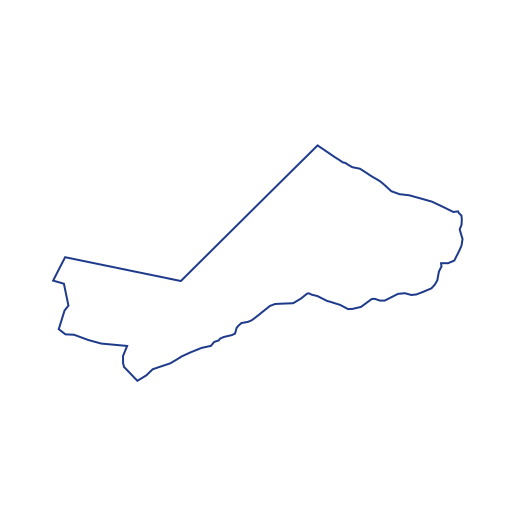 Ed Damazine, Blue Nile, Sudan (Albers equal-area conic projection), rotated 76°
{"feature_id": "16777658B29603922889850", "entity_name": "Ed Damazine", "entity_type": "district", "adm_level": 2, "iso_a3": "SDN", "parent_name": "Sudan", "parent_adm1": "Blue Nile", "projection": "albers", "projection_center": [34.253, 12.058], "detail": "fine", "context": "isolated", "style": "outline", "palette": "blue", "viewbox_px": 512, "rotation_deg": 76, "n_neighbors": 0, "source": "geoboundaries", "source_scale": "gbopen_adm2", "svg_char_len": 1666}
<svg xmlns="http://www.w3.org/2000/svg" viewBox="0 0 512 512"><g transform="rotate(76 256 256)"><path d="M189.7,144.6L188.1,146.1L187.8,146.3L187.6,146.6L187.4,146.7L187.2,147.0L186.9,147.6L186.3,148.8L186.2,149.1L182.6,152.3L179.4,155.4L163.6,169.5L174.0,187.0L198.7,228.6L262.1,335.0L211.0,441.5L230.8,458.8L236.4,449.1L258.8,450.0L262.5,454.9L279.3,465.1L285.9,459.9L288.4,451.6L296.9,439.1L303.5,427.4L312.1,402.8L320.8,409.2L327.8,410.9L331.7,410.9L348.4,401.3L345.2,391.1L343.3,387.9L340.9,383.6L340.5,379.0L340.1,374.0L339.4,365.1L337.5,358.7L335.4,352.2L333.7,343.1L332.0,331.2L332.3,321.5L329.3,317.4L328.9,312.6L327.5,310.9L326.8,306.9L326.9,298.5L326.2,295.1L321.1,292.2L319.6,290.3L317.5,286.3L318.0,279.7L317.3,275.6L313.5,266.8L312.7,265.2L307.8,254.5L307.2,249.1L308.2,243.9L310.8,231.4L308.2,222.7L304.9,215.6L305.0,213.8L307.0,211.3L309.8,206.0L316.9,197.8L318.0,195.7L323.8,186.2L329.8,179.5L330.7,175.0L330.8,166.5L325.7,154.0L326.3,151.1L329.3,146.5L330.4,141.9L329.6,138.4L327.1,127.4L328.1,120.6L331.4,114.7L332.1,109.7L331.2,102.2L329.8,93.6L327.1,89.5L323.5,86.0L315.4,82.3L313.7,80.9L311.1,78.6L307.8,78.2L309.0,73.0L309.5,71.5L308.4,64.7L300.3,57.7L295.5,54.0L295.8,53.8L295.5,54.0L289.5,51.5L283.4,51.8L279.4,51.9L275.4,49.0L270.1,47.4L266.4,46.9L263.7,48.6L263.2,48.8L261.6,49.2L261.6,49.3L261.0,53.9L254.3,61.8L252.9,63.5L252.5,64.0L247.1,70.6L245.8,72.2L240.4,81.6L239.2,83.7L236.3,88.9L234.4,92.1L231.8,98.9L230.8,101.7L225.8,109.1L225.5,109.3L216.9,115.0L214.9,116.5L213.2,117.8L207.3,123.9L205.3,125.8L201.9,128.9L196.4,134.1L194.0,139.2L193.2,140.9L193.1,141.1L189.7,144.6Z" fill="none" stroke="#1e3a8a" stroke-width="2"/></g></svg>